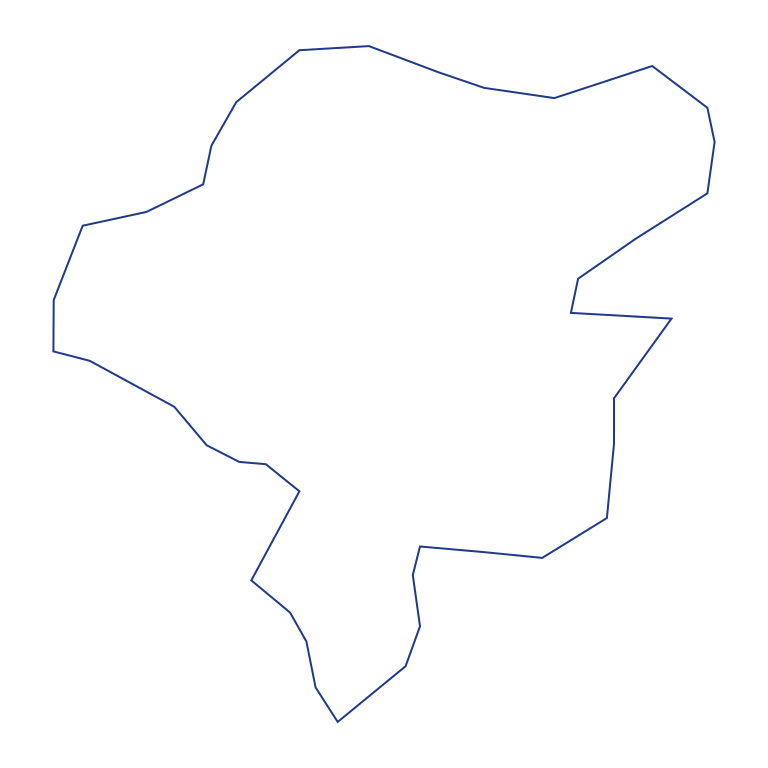 the border of Srbica, rotated 90°
{"feature_id": "KOS-5896", "entity_name": "Srbica", "entity_type": "District", "adm_level": 1, "iso_a3": "XKX", "parent_name": "Kosovo", "parent_adm1": "", "projection": "natural_earth1", "projection_center": [20.758, 42.727], "detail": "fine", "context": "isolated", "style": "outline", "palette": "blue", "viewbox_px": 768, "rotation_deg": 90, "n_neighbors": 0, "source": "natural_earth", "source_scale": "10m", "svg_char_len": 646}
<svg xmlns="http://www.w3.org/2000/svg" viewBox="0 0 768 768"><g transform="rotate(90 384 384)"><path d="M50.2,468.6L46.1,399.1L72.3,329.5L87.9,283.8L98.1,213.7L66.0,115.8L107.8,60.6L142.0,53.4L193.3,60.6L238.8,132.4L278.7,189.9L312.9,197.1L318.6,96.5L398.3,154.0L443.9,154.0L518.0,161.1L557.9,225.8L552.2,283.3L546.5,348.0L575.0,355.2L626.3,348.0L666.2,362.4L721.9,430.3L687.5,452.4L641.5,461.6L612.6,477.9L580.4,516.7L491.3,468.6L464.2,502.2L461.9,528.8L445.3,561.3L406.8,593.7L360.8,678.3L351.4,714.6L300.1,714.3L225.7,685.3L211.9,621.5L184.3,564.8L145.7,556.6L102.1,531.7L50.2,468.6Z" fill="none" stroke="#1e3a8a" stroke-width="2"/></g></svg>